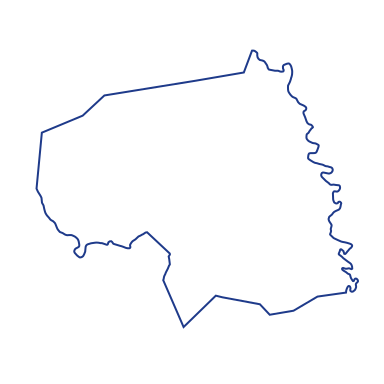 Villanueva, Cortés, Honduras, rotated 83°
{"feature_id": "27666195B71161947465594", "entity_name": "Villanueva", "entity_type": "district", "adm_level": 2, "iso_a3": "HND", "parent_name": "Honduras", "parent_adm1": "Cortés", "projection": "orthographic", "projection_center": [-88.036, 15.321], "detail": "fine", "context": "isolated", "style": "outline", "palette": "blue", "viewbox_px": 384, "rotation_deg": 83, "n_neighbors": 0, "source": "geoboundaries", "source_scale": "gbopen_adm2", "svg_char_len": 5759}
<svg xmlns="http://www.w3.org/2000/svg" viewBox="0 0 384 384"><g transform="rotate(83 192 192)"><path d="M59.0,115.2L79.7,126.0L82.0,174.9L85.5,267.2L102.9,291.2L114.8,333.8L169.7,345.9L172.9,344.9L177.4,342.8L179.1,342.2L179.7,342.1L184.3,342.2L185.2,341.9L186.5,341.3L187.4,341.0L190.9,340.7L193.1,340.4L194.7,340.1L196.0,339.6L197.5,338.9L200.1,337.1L202.0,336.0L202.9,335.1L204.0,333.5L205.1,332.6L206.0,331.9L207.3,331.4L210.8,330.5L212.4,330.0L213.5,329.4L215.5,328.1L216.2,326.9L216.9,325.5L218.7,323.3L219.4,322.0L219.7,320.9L219.8,318.7L220.0,317.3L220.2,316.6L220.7,315.7L221.5,314.4L222.3,313.3L223.5,312.2L224.5,311.4L225.8,310.8L227.2,310.5L230.2,310.3L231.3,310.4L231.8,310.5L232.3,310.8L232.7,311.2L233.2,312.3L233.9,314.2L234.4,314.9L234.8,315.3L235.7,315.8L236.4,316.1L237.0,316.1L237.5,316.0L238.1,315.8L241.0,313.8L242.6,312.2L243.0,311.7L243.3,311.2L243.3,310.2L243.0,309.0L242.5,308.1L241.9,307.5L240.4,306.5L238.2,305.3L234.1,304.4L233.1,304.1L232.5,303.7L231.8,303.1L231.4,302.4L231.2,301.8L230.6,298.5L230.5,294.2L230.6,292.7L231.0,290.8L231.6,289.0L231.8,287.6L232.4,286.3L233.9,283.2L234.0,282.7L233.9,282.3L233.6,282.0L233.2,281.7L232.1,281.3L231.7,281.0L231.4,280.5L231.0,279.7L231.0,278.2L231.8,277.4L233.6,276.5L234.0,276.0L236.7,269.9L237.3,268.4L238.2,266.6L239.0,265.2L239.5,264.2L240.0,262.7L240.2,261.1L240.0,260.4L239.5,260.0L238.8,259.9L237.7,260.0L236.7,259.8L234.8,258.3L233.6,257.0L232.1,253.9L229.6,250.5L229.0,248.5L228.3,246.9L227.9,245.6L226.6,243.1L226.5,241.5L250.3,221.6L251.1,221.5L251.7,221.8L253.1,223.0L255.8,222.8L261.1,222.8L261.6,223.1L262.2,223.7L265.1,225.3L268.6,227.7L270.5,228.7L271.6,229.5L272.8,230.1L275.0,230.8L276.0,231.3L325.0,216.8L297.8,181.0L300.2,174.7L311.7,138.3L323.3,129.8L322.2,105.7L311.1,80.2L310.6,51.4L308.5,50.9L306.6,50.0L305.0,48.9L304.6,48.4L304.4,47.9L304.5,47.5L304.8,47.0L305.3,46.7L306.0,46.5L306.8,46.4L308.6,46.9L309.6,46.7L310.0,46.3L310.4,45.7L310.5,45.2L310.4,44.7L310.3,44.1L309.9,43.5L309.1,42.3L308.8,42.0L307.5,41.2L306.4,40.7L305.4,40.6L304.1,40.7L303.2,40.5L302.6,40.1L301.7,38.8L301.0,38.2L300.2,38.1L299.2,38.4L298.7,38.8L298.2,39.2L297.9,39.9L297.9,40.5L298.3,41.2L298.8,41.6L299.6,42.0L300.0,42.3L300.1,42.7L300.0,43.1L298.4,44.0L296.7,44.7L295.9,44.9L293.8,45.2L293.2,45.4L292.9,45.7L292.0,47.3L290.4,48.8L288.5,51.2L287.8,51.9L287.3,52.3L286.8,52.4L286.2,52.3L285.9,51.9L285.8,51.3L286.9,48.9L287.0,47.5L286.9,46.1L286.9,45.4L287.3,44.5L287.9,43.4L288.0,43.0L287.8,42.6L287.6,42.3L285.5,42.2L284.5,42.4L283.7,42.6L283.0,42.9L282.3,43.4L281.5,44.2L280.1,45.8L276.1,49.9L274.4,51.2L272.0,53.7L271.5,53.9L271.0,53.8L268.9,52.6L267.4,52.0L267.1,51.7L267.0,51.3L267.1,50.9L267.3,50.6L269.1,48.9L271.9,48.4L272.1,47.9L272.1,47.3L270.8,45.8L270.0,45.1L269.3,44.2L268.0,42.9L267.3,42.0L266.7,40.9L266.3,40.5L265.7,40.0L265.2,39.7L264.7,39.6L264.2,39.7L263.7,40.0L263.3,40.4L262.6,41.5L261.3,44.4L260.5,46.6L260.0,48.3L259.4,49.9L257.3,53.4L255.4,56.4L254.9,57.1L253.9,57.9L251.4,59.9L250.9,60.1L250.5,60.0L249.0,59.2L247.9,58.8L247.5,58.7L246.2,58.8L245.6,58.8L243.2,57.8L242.1,57.5L241.3,57.6L237.9,59.3L236.3,59.7L235.4,59.7L233.7,59.0L233.4,58.8L233.0,58.3L231.5,55.9L229.9,54.4L229.0,53.2L228.3,51.4L227.5,48.7L227.2,48.1L226.9,47.8L226.2,47.1L225.4,46.7L223.8,46.1L222.6,45.8L221.6,45.3L221.2,45.3L220.8,45.4L220.0,46.0L219.7,46.4L219.6,47.1L219.7,47.8L220.8,48.7L220.9,49.2L221.0,49.7L220.9,50.4L220.6,51.0L220.2,51.5L219.7,52.1L218.4,52.5L217.5,52.7L216.5,52.8L210.4,52.3L209.5,51.8L209.0,51.3L208.7,50.9L208.7,50.3L209.3,48.0L209.1,47.1L208.6,46.3L207.8,45.5L206.8,44.8L205.8,44.5L204.7,44.5L204.1,44.6L203.6,44.9L203.4,45.1L203.2,45.5L202.6,48.2L201.9,50.6L201.9,52.6L201.7,53.4L201.4,53.9L201.0,54.4L200.0,55.0L197.3,57.8L193.2,61.0L192.6,61.4L191.9,61.6L191.4,61.7L190.8,61.7L189.7,61.3L189.0,60.8L188.6,59.7L188.8,58.8L190.0,55.2L190.3,54.3L190.4,53.6L190.3,52.9L190.1,52.1L189.8,51.4L189.4,50.9L188.7,50.3L188.1,49.9L187.4,49.7L186.8,49.6L186.3,49.7L185.6,49.9L185.0,50.3L184.6,50.8L184.3,51.4L183.9,52.5L183.1,54.2L182.8,55.5L182.5,56.4L182.0,57.2L181.1,58.5L180.7,59.3L179.7,62.2L178.7,64.4L178.1,66.2L177.8,66.8L177.1,67.9L174.8,70.8L173.6,72.1L172.9,72.6L172.1,72.6L170.3,72.2L169.1,71.8L168.3,71.3L168.0,70.9L167.9,70.2L167.9,69.1L168.2,66.9L168.3,65.2L168.2,64.8L168.0,64.2L167.7,63.8L166.9,63.2L165.1,62.2L162.7,61.0L161.8,60.7L161.2,60.6L160.9,60.7L160.6,60.9L159.1,63.0L158.7,63.9L158.4,65.2L158.0,66.4L156.2,69.3L155.6,70.0L155.1,70.5L153.7,71.4L153.0,71.7L152.1,71.8L150.7,71.6L149.3,71.3L148.7,71.0L148.2,70.4L147.7,69.5L147.4,69.1L145.7,67.8L144.2,66.3L143.4,65.6L143.1,64.8L142.4,64.1L141.9,64.2L141.1,64.6L140.1,65.3L139.6,66.0L139.3,67.1L139.1,67.5L138.0,68.7L137.4,69.1L135.8,69.7L131.6,70.6L127.8,71.7L126.9,71.7L126.3,71.6L125.7,71.3L125.5,71.1L124.7,69.4L123.9,68.7L123.3,68.5L122.9,68.4L122.4,68.4L121.9,68.5L121.5,68.8L121.0,69.2L119.8,70.6L118.5,72.8L117.8,74.0L117.5,74.4L115.8,75.7L112.1,77.1L111.3,78.1L110.1,80.2L109.3,81.1L107.5,82.4L106.6,82.9L105.0,83.7L103.8,84.1L102.3,84.2L100.0,84.0L98.1,83.7L95.0,81.6L94.1,81.1L91.5,79.9L91.0,79.8L89.9,79.2L88.3,78.6L87.3,78.3L85.0,77.9L83.7,77.8L81.3,78.0L79.9,78.2L79.3,78.3L77.8,78.9L77.0,79.4L76.5,79.8L76.2,80.4L76.2,81.1L76.3,82.4L77.1,85.3L77.4,85.7L77.7,86.0L78.2,86.3L78.7,86.5L80.6,86.6L81.8,86.2L82.4,86.2L82.8,86.3L83.2,86.5L83.4,86.7L83.5,87.1L83.5,87.7L83.5,88.5L83.3,89.4L83.0,90.2L82.4,91.2L82.1,92.0L82.0,92.7L81.9,93.9L81.8,94.7L79.9,100.6L79.5,101.0L78.5,101.4L78.0,101.7L76.7,101.8L75.4,102.1L74.7,102.4L72.0,103.8L71.5,104.1L70.6,105.0L70.6,105.3L70.1,106.0L69.2,108.6L68.0,109.7L66.6,110.4L66.0,110.5L64.5,110.6L62.4,110.3L61.9,110.4L61.6,110.6L60.2,111.9L59.5,112.8L59.3,113.3L59.1,114.0L59.0,115.2Z" fill="none" stroke="#1e3a8a" stroke-width="2"/></g></svg>